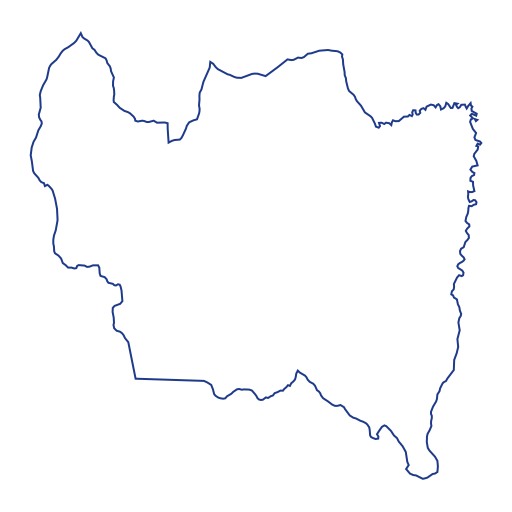 Cláudia, Mato Grosso, Brazil
{"feature_id": "56859067B53705910959372", "entity_name": "Cláudia", "entity_type": "district", "adm_level": 2, "iso_a3": "BRA", "parent_name": "Brazil", "parent_adm1": "Mato Grosso", "projection": "natural_earth1", "projection_center": [-55.012, -11.48], "detail": "fine", "context": "isolated", "style": "outline", "palette": "blue", "viewbox_px": 512, "rotation_deg": 0, "n_neighbors": 0, "source": "geoboundaries", "source_scale": "gbopen_adm2", "svg_char_len": 5963}
<svg xmlns="http://www.w3.org/2000/svg" viewBox="0 0 512 512"><path d="M342.3,54.4L340.4,52.6L338.0,51.4L336.3,51.1L331.7,50.7L328.1,50.0L319.3,50.7L311.3,53.3L307.9,53.7L303.9,57.1L301.5,58.0L298.0,57.6L293.7,59.8L291.4,60.1L287.5,59.4L277.8,67.1L265.6,76.1L257.6,73.7L254.6,73.6L252.1,73.9L241.3,77.9L236.8,77.7L234.2,76.9L229.7,74.8L227.6,74.3L217.8,69.1L215.7,67.1L213.2,63.8L210.3,61.9L209.7,67.6L203.4,81.9L201.5,89.3L199.7,92.7L199.4,95.8L199.5,99.5L199.0,105.4L199.6,108.8L199.5,111.1L199.1,113.4L197.0,119.3L193.3,120.4L189.2,122.3L186.8,125.8L186.0,128.5L182.9,135.3L181.4,138.0L179.8,139.6L174.6,140.0L172.0,140.8L168.6,142.6L167.7,129.0L167.6,123.2L164.7,122.5L157.0,122.7L153.7,120.7L148.4,122.1L146.4,121.9L144.2,121.0L142.2,120.7L137.8,121.5L135.3,120.7L135.0,118.8L133.6,116.6L130.0,113.3L127.9,112.1L124.4,110.9L119.7,107.8L117.0,104.8L113.8,102.0L113.6,100.0L113.9,96.3L114.3,94.4L114.1,90.7L113.8,88.2L113.0,85.6L113.1,81.3L113.9,77.5L111.0,71.1L110.7,68.6L109.9,66.4L107.3,63.0L106.6,60.4L105.5,58.3L98.3,54.7L96.5,52.9L94.5,49.8L92.4,48.3L88.9,41.9L87.5,40.5L84.3,38.6L82.5,37.1L80.8,33.2L76.3,40.7L74.2,42.9L68.1,47.3L64.6,49.2L62.6,50.9L60.6,53.5L58.9,56.4L56.3,59.8L51.4,64.1L50.2,65.7L49.1,67.9L47.1,77.5L46.5,79.4L43.1,85.3L40.7,91.2L39.8,95.0L40.2,97.7L40.7,107.7L38.8,114.5L39.1,117.3L40.3,119.8L41.5,121.4L41.8,123.5L40.7,126.3L38.4,130.2L36.0,137.6L33.6,141.7L31.7,147.5L30.7,155.4L31.8,161.0L33.1,171.0L34.2,173.2L38.4,177.9L39.7,180.4L41.3,182.1L44.0,183.2L44.9,186.1L47.4,184.8L48.8,185.9L51.4,188.7L52.6,190.5L55.1,198.7L57.0,208.7L57.5,218.4L57.5,220.6L55.7,230.5L54.0,235.4L53.3,239.8L53.3,243.6L53.9,246.3L54.2,251.3L55.0,253.3L58.4,255.5L61.1,258.5L62.8,263.1L65.6,265.1L68.1,267.6L71.5,267.6L74.4,268.5L76.3,268.1L77.2,265.9L78.7,265.1L84.6,265.6L87.0,266.9L89.4,266.7L93.1,265.3L98.1,265.3L99.3,267.7L99.7,273.4L100.5,275.9L104.6,277.1L106.6,279.2L107.2,281.1L108.4,282.8L112.8,283.8L114.3,285.2L115.9,285.5L118.0,284.3L119.7,284.7L120.6,286.6L121.5,290.4L122.4,301.1L120.2,303.8L114.6,305.9L112.8,307.8L112.6,311.9L113.7,317.6L114.0,322.8L113.5,325.0L114.2,328.3L116.6,330.7L120.0,331.7L121.9,333.1L123.5,335.0L125.0,338.1L128.3,342.2L135.6,378.7L204.0,380.9L207.4,382.5L211.2,384.9L212.9,389.2L214.2,394.2L215.6,395.8L218.3,397.6L220.9,398.4L223.4,398.7L225.3,398.3L227.0,396.3L231.4,393.7L233.3,391.8L237.0,389.3L239.2,389.0L241.7,389.7L244.2,389.4L249.2,389.6L251.9,390.5L255.1,394.2L256.6,396.3L257.4,398.0L258.8,399.4L260.8,400.0L262.9,399.7L265.9,397.4L268.0,398.0L270.8,396.2L272.9,395.5L274.7,393.1L277.4,392.2L280.4,390.6L282.9,390.7L284.2,389.0L286.3,387.2L288.0,385.2L289.9,385.9L291.2,383.3L293.3,381.5L295.0,379.5L295.7,377.1L296.3,373.5L297.8,370.6L299.7,372.5L305.0,375.6L306.5,377.3L307.7,379.7L309.8,381.9L313.2,383.7L315.0,385.7L317.0,390.2L318.9,391.5L320.3,393.4L321.0,395.4L323.1,398.2L328.3,401.6L332.3,404.7L335.1,405.9L337.8,405.8L340.4,405.0L344.0,407.2L345.0,409.1L349.8,415.5L353.3,417.7L356.1,418.5L360.2,420.7L363.1,421.7L365.9,423.2L367.3,424.5L369.2,427.3L369.7,429.9L370.1,435.2L370.9,436.9L372.9,438.0L375.6,439.0L378.2,438.6L378.4,436.6L377.0,434.2L379.0,431.0L381.9,426.9L384.4,425.4L386.3,426.2L390.9,430.8L394.0,435.5L397.0,438.1L398.7,441.5L402.6,446.2L405.8,452.0L407.3,461.9L408.7,465.1L406.1,469.0L410.0,473.6L413.4,475.1L416.0,475.4L422.8,478.8L424.8,478.4L427.4,477.6L432.6,474.0L434.9,473.6L437.4,472.0L437.9,466.4L437.4,460.9L435.0,456.7L429.4,450.5L427.8,447.9L426.8,442.1L427.0,436.4L427.6,433.8L429.7,430.1L431.4,426.0L431.0,423.4L431.2,420.5L431.8,418.3L431.8,415.8L431.0,413.9L431.0,411.8L433.0,406.7L436.1,401.5L436.9,399.1L437.4,394.4L439.5,391.2L440.1,388.4L442.3,383.9L443.4,382.4L446.0,381.0L447.3,378.6L453.8,370.0L454.2,359.9L456.7,353.2L458.2,346.9L457.4,339.1L459.7,330.3L458.4,322.5L459.3,318.2L460.6,316.2L461.2,314.0L459.9,310.6L459.3,307.1L457.9,304.3L456.9,299.4L453.9,297.5L453.1,295.4L451.3,294.4L451.9,291.3L453.7,289.4L454.1,286.8L453.9,284.0L457.0,277.6L459.1,275.2L461.7,276.1L463.1,275.2L463.5,272.6L462.2,270.5L458.2,268.0L457.3,266.2L458.2,264.3L459.9,263.0L461.7,262.1L463.5,260.8L464.6,259.3L463.6,257.3L461.7,255.6L460.3,253.9L460.0,251.1L461.1,248.7L463.7,247.2L465.4,242.0L467.5,239.9L468.9,237.9L468.7,235.1L466.9,232.9L465.8,230.9L467.1,228.7L469.4,226.4L469.2,224.4L467.0,222.9L465.5,221.0L466.3,216.9L467.7,213.8L468.3,210.6L468.4,208.3L469.0,205.8L471.7,206.2L473.7,204.8L476.1,204.2L476.5,202.2L475.2,200.3L473.5,200.0L471.7,201.3L469.7,202.0L468.4,199.2L467.9,196.9L468.3,194.1L468.1,191.4L469.6,192.0L472.0,192.1L474.4,191.1L473.1,185.4L473.0,181.8L470.4,180.8L470.5,177.9L471.7,176.2L474.1,175.0L474.4,173.0L472.4,172.0L470.4,169.6L472.2,166.6L477.6,165.4L476.3,160.8L473.7,156.3L474.3,153.9L477.7,149.5L478.2,146.5L476.4,145.9L477.7,143.6L480.1,144.6L481.3,143.0L480.0,141.5L475.5,140.0L474.4,137.4L476.1,133.0L472.9,129.0L470.1,121.9L470.9,119.4L473.0,118.4L470.2,115.5L471.8,113.8L476.2,115.7L476.7,113.7L471.7,110.9L471.4,108.7L472.4,106.6L471.0,105.6L470.6,103.1L468.3,105.8L466.7,108.5L465.8,106.9L464.9,104.6L461.3,104.8L459.8,107.2L458.2,108.2L457.0,106.9L456.0,104.8L457.4,103.7L454.4,103.1L452.5,107.9L450.8,108.0L448.2,104.1L446.3,102.8L445.3,106.3L443.7,108.2L441.0,109.5L440.3,106.3L438.5,104.2L437.0,105.0L435.6,107.4L433.7,105.2L430.8,104.6L426.6,106.6L425.4,109.8L423.6,108.2L421.5,108.8L419.7,110.7L420.3,112.8L418.6,114.5L416.7,114.5L415.7,112.8L415.5,110.4L413.2,110.2L412.2,112.3L412.7,114.5L411.9,116.1L409.5,114.9L407.9,116.5L403.9,116.7L398.8,121.1L395.4,121.2L393.0,120.3L391.8,122.5L391.3,125.1L389.2,123.2L386.0,122.7L384.3,124.0L381.5,122.7L379.0,122.9L380.0,126.1L378.7,127.7L375.9,126.6L374.9,123.6L372.1,117.9L370.6,116.3L364.9,112.4L361.0,105.7L356.9,101.1L355.8,99.2L354.9,96.7L353.6,94.8L349.1,91.0L347.9,88.3L346.2,81.3L345.9,78.2L344.7,75.1L344.6,72.1L343.2,64.3L342.9,59.4L342.0,56.6L342.3,54.4ZM474.9,119.1L475.9,121.1L477.3,119.9L474.9,119.1Z" fill="none" stroke="#1e3a8a" stroke-width="2"/></svg>